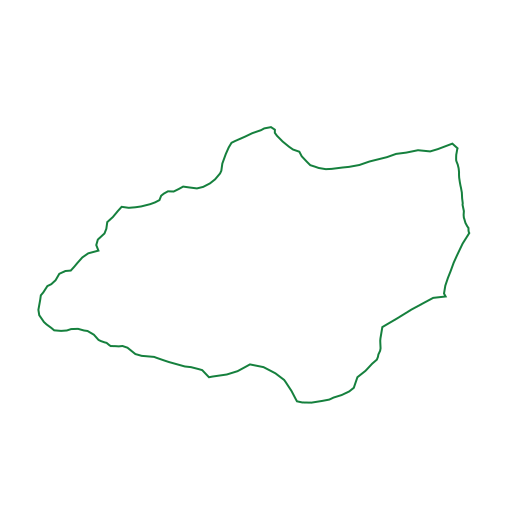 Shengabjimi, Punakha, Bhutan, rotated 188°
{"feature_id": "84629894B92148036486457", "entity_name": "Shengabjimi", "entity_type": "district", "adm_level": 2, "iso_a3": "BTN", "parent_name": "Bhutan", "parent_adm1": "Punakha", "projection": "albers", "projection_center": [89.954, 27.607], "detail": "fine", "context": "isolated", "style": "outline", "palette": "green", "viewbox_px": 512, "rotation_deg": 188, "n_neighbors": 0, "source": "geoboundaries", "source_scale": "gbopen_adm2", "svg_char_len": 2505}
<svg xmlns="http://www.w3.org/2000/svg" viewBox="0 0 512 512"><g transform="rotate(188 256 256)"><path d="M77.2,394.6L90.9,387.1L98.1,383.8L110.3,383.3L121.6,379.3L131.5,376.6L140.1,372.1L154.5,366.3L156.7,365.4L158.1,364.7L166.3,360.5L176.3,357.2L182.5,355.7L193.2,352.8L199.0,351.7L206.2,351.9L210.2,352.7L214.9,353.5L219.0,356.6L224.6,361.1L227.6,365.3L234.2,366.6L238.5,368.8L245.6,373.1L252.0,378.0L254.5,380.6L254.9,383.7L259.1,385.7L265.6,383.5L268.4,381.4L276.8,377.1L283.4,372.7L292.5,367.1L296.0,364.7L298.1,359.8L300.1,352.8L302.2,342.9L302.2,335.6L303.1,332.7L307.2,326.2L309.5,323.8L311.7,321.5L317.9,317.1L323.9,314.7L331.8,314.6L337.8,314.6L341.8,311.6L346.5,308.4L352.2,307.8L355.9,305.0L358.3,302.5L359.4,297.9L363.5,295.0L368.0,292.6L376.6,289.1L382.1,287.5L388.7,286.0L395.9,286.0L399.2,281.1L403.2,274.6L408.0,268.9L408.0,262.1L409.2,257.2L414.9,250.3L415.7,244.6L412.8,239.4L422.5,235.3L427.8,230.4L431.8,224.4L434.6,219.9L437.4,215.8L442.7,214.6L448.3,211.0L451.1,204.1L454.8,199.6L458.4,197.2L461.6,190.3L463.6,187.1L463.6,182.6L464.0,172.4L462.4,167.2L456.8,161.1L453.9,159.1L448.7,156.3L445.5,154.3L438.6,154.7L433.0,155.9L428.9,157.9L422.1,159.1L416.0,158.3L412.4,158.3L405.6,155.5L400.3,151.0L397.9,150.2L393.9,149.4L391.9,149.2L389.0,147.4L387.4,146.6L382.2,147.2L379.3,147.4L375.7,148.3L370.5,147.3L361.8,142.1L358.7,141.7L355.3,141.2L352.0,141.4L342.8,141.9L340.7,141.4L332.0,139.7L327.6,138.9L311.1,136.7L304.9,136.9L296.9,136.0L293.4,135.5L285.7,129.4L282.5,130.5L268.4,134.6L258.2,139.4L251.7,144.2L246.9,147.8L233.1,147.0L225.7,144.4L220.4,142.5L210.9,137.2L209.1,135.3L202.0,127.2L197.0,120.2L195.2,117.8L189.8,117.4L180.7,118.5L170.3,121.7L163.5,124.0L161.9,125.0L159.5,126.6L151.9,130.2L144.9,134.8L140.8,139.1L139.9,143.9L138.7,150.1L131.7,157.4L130.4,159.2L126.0,165.5L121.9,170.2L121.2,173.1L121.1,175.5L119.9,179.4L119.8,181.9L120.8,187.2L121.2,189.5L121.3,191.7L121.0,203.2L115.2,207.8L107.6,213.8L94.6,224.6L82.1,233.8L74.7,239.2L62.6,242.3L64.6,245.0L64.4,253.0L62.9,261.0L61.1,268.4L59.3,276.9L57.1,284.4L53.1,297.1L48.0,308.4L48.7,309.5L49.1,310.8L49.5,313.3L51.0,314.9L53.2,317.9L54.8,321.5L55.5,322.9L56.1,325.5L56.4,329.4L58.6,335.5L58.6,337.0L59.9,341.8L61.0,347.5L61.9,350.2L62.6,352.3L63.3,354.1L64.4,357.4L65.7,361.8L66.2,364.3L66.4,365.6L66.6,367.2L67.1,369.3L67.6,371.2L68.5,373.4L68.9,374.5L70.6,377.5L71.1,378.6L71.4,380.5L71.6,382.1L71.8,384.2L71.7,386.1L71.6,389.5L71.4,390.7L77.2,394.6Z" fill="none" stroke="#15803d" stroke-width="2"/></g></svg>